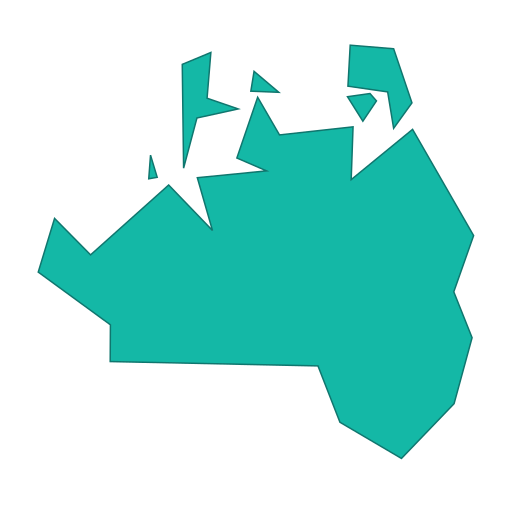 map outline of South Gyeongsang (Equal Earth projection), rotated 178°
{"feature_id": "KOR-2505", "entity_name": "South Gyeongsang", "entity_type": "Province", "adm_level": 1, "iso_a3": "KOR", "parent_name": "South Korea", "parent_adm1": "", "projection": "equal_earth", "projection_center": [128.367, 35.249], "detail": "coarse", "context": "isolated", "style": "filled", "palette": "teal", "viewbox_px": 512, "rotation_deg": 178, "n_neighbors": 0, "source": "natural_earth", "source_scale": "10m", "svg_char_len": 768}
<svg xmlns="http://www.w3.org/2000/svg" viewBox="0 0 512 512"><g transform="rotate(178 256 256)"><path d="M421.3,262.9L340.8,330.0L298.6,283.0L311.9,336.3L242.5,340.7L271.7,354.6L248.8,414.6L228.3,376.2L154.5,381.7L158.2,329.0L95.1,377.1L37.8,268.8L59.6,213.3L42.9,166.8L63.2,101.5L117.7,48.6L177.9,86.9L197.9,144.0L405.4,155.6L403.9,192.3L474.2,247.5L456.0,300.6L421.3,262.9ZM325.3,346.3L323.0,450.1L294.0,461.0L299.4,415.4L268.7,403.6L310.2,396.0L325.3,346.3ZM158.2,422.5L154.5,463.4L111.2,458.3L94.8,403.6L114.0,378.8L118.7,415.4L158.2,422.5ZM159.0,412.0L136.4,414.4L130.2,406.8L144.5,387.0L159.0,412.0ZM227.5,418.8L255.4,420.9L251.5,440.6L227.5,418.8ZM360.5,336.9L357.9,360.5L352.0,338.1L360.5,336.9Z" fill="#14b8a6" stroke="#0f766e" stroke-width="1.5"/></g></svg>